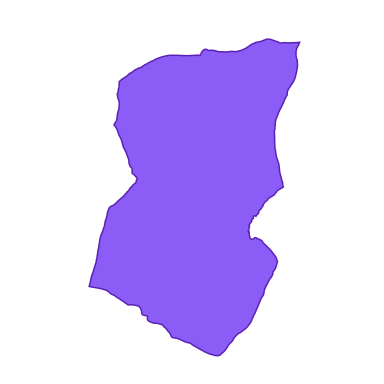 the district of Mogolo, Gash Barka, Eritrea, rotated 276°
{"feature_id": "51966322B23811751067849", "entity_name": "Mogolo", "entity_type": "district", "adm_level": 2, "iso_a3": "ERI", "parent_name": "Eritrea", "parent_adm1": "Gash Barka", "projection": "mercator", "projection_center": [37.74, 15.325], "detail": "fine", "context": "isolated", "style": "filled", "palette": "violet", "viewbox_px": 384, "rotation_deg": 276, "n_neighbors": 0, "source": "geoboundaries", "source_scale": "gbopen_adm2", "svg_char_len": 6026}
<svg xmlns="http://www.w3.org/2000/svg" viewBox="0 0 384 384"><g transform="rotate(276 192 192)"><path d="M249.9,107.8L249.7,108.3L248.9,109.2L245.5,111.4L240.9,113.4L238.0,115.5L235.8,116.6L231.7,118.2L229.8,118.9L224.3,122.4L221.7,123.6L217.6,125.7L216.9,125.9L213.8,126.4L213.3,126.6L210.7,128.0L209.3,129.7L209.0,129.9L207.9,130.2L205.2,130.3L204.5,130.5L204.1,130.9L202.9,132.9L202.1,133.8L200.3,135.7L199.4,136.0L198.8,135.9L198.1,135.5L196.7,135.4L196.3,135.6L195.7,135.2L194.0,133.8L193.7,133.3L192.5,132.3L191.1,131.5L190.0,130.4L189.5,130.0L188.9,129.7L188.1,129.6L186.1,128.2L185.5,127.6L181.5,125.0L179.7,123.5L175.7,119.7L174.6,118.9L174.3,118.5L171.6,116.3L170.6,115.1L169.1,112.7L168.5,112.0L167.9,111.5L166.8,111.0L165.1,110.6L163.6,110.4L162.9,110.1L161.7,110.0L160.7,109.9L160.2,110.1L157.9,109.6L155.7,109.3L154.8,108.9L151.3,108.6L149.1,108.5L148.0,108.3L147.1,107.9L144.5,107.5L139.9,106.1L138.9,105.9L135.8,105.4L128.7,105.0L126.7,105.0L124.1,104.6L123.0,104.6L118.9,104.4L116.4,104.4L115.5,104.1L112.4,104.0L107.9,103.1L102.2,102.0L97.7,100.9L92.7,100.3L90.9,100.3L89.7,99.9L87.3,99.6L87.2,100.7L87.0,101.8L87.0,103.8L86.8,105.9L86.8,107.1L86.7,108.1L86.5,109.8L86.3,112.5L85.9,114.0L85.4,116.7L84.8,118.2L84.0,119.5L82.2,122.0L81.4,124.5L80.8,126.0L78.9,129.2L78.6,130.0L78.0,131.4L77.2,132.6L76.3,134.6L75.2,136.3L73.1,140.1L73.1,140.7L73.3,141.4L73.5,143.4L73.6,145.0L73.5,146.5L73.4,147.1L73.3,148.4L73.0,150.2L72.6,151.2L72.4,151.6L71.4,152.6L70.3,153.3L68.9,154.1L67.8,154.4L66.3,154.7L65.1,155.2L64.7,155.8L64.3,157.5L64.2,158.3L64.1,160.4L64.0,160.7L63.6,160.9L61.5,160.8L60.8,160.9L60.3,161.1L60.0,161.4L59.2,162.3L58.5,163.8L57.6,167.7L57.5,168.4L57.7,169.5L57.8,171.0L57.4,173.4L57.0,175.2L57.1,175.8L57.0,176.4L56.6,176.9L55.4,177.8L54.6,178.8L54.2,179.6L53.3,180.6L52.7,181.1L52.1,181.9L51.0,182.7L49.6,184.4L48.7,185.2L46.4,186.4L45.8,186.8L45.3,187.5L44.9,191.5L44.9,192.2L44.9,192.7L44.0,195.8L42.4,200.4L42.2,201.3L41.8,203.2L41.6,205.1L41.4,206.0L41.1,206.8L39.9,208.6L39.3,210.0L36.4,216.6L34.0,222.4L32.6,227.1L32.2,230.3L31.8,231.9L31.9,232.5L31.8,234.0L32.0,235.1L32.6,236.7L33.3,237.5L34.5,238.4L35.6,239.5L36.9,240.7L37.8,241.2L38.4,241.7L41.2,243.3L43.1,244.0L45.9,246.0L46.7,246.7L48.6,248.1L49.9,248.4L50.8,249.0L51.9,249.4L52.4,249.8L54.1,251.2L54.9,251.9L55.2,252.0L55.7,252.4L56.1,252.8L56.4,253.5L57.9,255.5L59.6,257.1L60.3,258.0L62.0,259.9L62.7,260.3L63.8,261.2L65.3,262.2L66.2,262.7L67.4,263.4L70.3,264.7L70.8,264.8L71.8,265.0L73.3,265.6L75.8,266.3L78.3,267.4L82.5,268.6L86.7,270.0L88.6,270.4L90.6,271.1L92.6,271.6L94.9,272.6L96.3,273.5L97.5,273.9L98.2,274.0L99.6,274.0L101.7,274.2L103.2,274.6L104.9,275.0L106.8,275.9L108.9,276.5L113.0,278.2L116.3,280.1L117.3,280.5L118.2,280.8L119.0,280.9L121.0,280.9L121.4,281.1L122.6,282.0L124.9,283.0L125.6,283.2L128.3,283.7L130.2,283.9L131.6,284.4L136.1,282.2L142.6,276.1L148.7,268.3L151.2,266.2L151.2,265.5L152.2,263.5L152.1,262.2L152.9,261.3L153.3,260.1L153.1,259.1L151.9,258.0L151.3,257.2L151.2,256.0L151.8,255.1L152.1,254.4L152.6,254.4L153.6,254.2L154.8,253.6L157.3,253.1L157.7,253.2L158.2,253.1L158.1,252.2L158.7,251.9L160.4,252.5L161.9,252.5L163.1,252.7L163.9,252.7L164.4,251.9L164.8,252.1L166.2,252.9L166.8,253.1L168.8,254.3L169.6,254.2L170.6,254.5L171.6,255.1L172.1,255.8L173.0,255.7L173.6,255.4L174.2,255.3L174.7,255.7L174.8,257.7L174.5,258.1L175.9,258.7L176.4,259.3L177.5,260.1L178.6,260.6L178.9,260.3L179.3,260.3L180.9,260.9L181.5,261.9L182.8,262.5L183.6,263.0L184.5,263.3L185.3,264.0L186.0,264.1L186.7,264.0L189.2,265.4L190.0,265.9L190.7,266.6L191.1,267.3L192.0,267.9L193.2,268.4L194.2,269.5L197.6,274.0L202.4,276.9L206.6,282.4L208.1,281.7L209.0,281.4L210.4,281.2L211.7,280.9L212.4,280.5L213.1,280.0L213.7,279.8L215.2,279.4L218.2,278.2L219.3,277.7L221.1,277.2L224.5,276.4L228.8,275.5L231.5,274.2L232.9,273.7L234.7,272.8L237.4,271.8L242.8,270.5L244.1,269.9L249.6,269.1L254.5,268.5L257.8,268.0L259.2,267.9L260.0,267.6L261.2,267.6L264.0,267.8L269.7,267.6L272.8,267.8L276.6,269.0L279.6,269.7L282.3,270.6L288.4,272.9L290.9,273.8L292.1,274.0L296.4,275.5L297.9,276.3L298.7,276.5L301.1,276.3L303.2,276.7L304.6,277.3L307.5,278.9L309.0,279.5L311.1,280.8L313.0,281.6L315.8,282.5L317.8,282.8L323.1,283.5L327.1,283.7L328.4,283.8L332.9,283.1L333.9,282.9L335.6,282.1L337.2,281.5L340.0,281.0L343.3,280.8L346.4,281.3L349.6,282.7L351.4,283.2L352.2,283.3L351.9,282.4L351.6,281.1L351.5,279.8L351.0,277.3L350.9,275.9L350.5,273.7L350.5,273.1L350.4,272.2L350.2,268.4L349.9,267.0L349.7,266.2L349.4,264.4L349.5,263.8L349.9,262.8L350.3,261.7L350.9,258.7L351.7,255.6L352.0,254.5L352.1,253.4L351.9,251.1L351.6,249.9L348.8,244.4L348.3,242.9L347.7,240.6L347.4,239.8L345.0,235.7L342.3,232.6L340.6,230.5L339.3,228.5L337.8,225.8L337.0,223.6L336.7,222.4L336.1,220.9L336.0,220.3L336.1,218.5L336.0,217.0L335.9,216.1L335.5,214.3L335.1,212.9L334.7,209.7L334.6,207.1L334.4,205.4L334.4,202.8L334.8,201.0L335.1,199.0L335.0,197.1L334.8,195.2L334.5,194.2L334.5,193.7L335.1,192.3L335.3,191.5L335.4,190.3L334.4,188.5L332.3,187.1L331.7,186.8L330.1,186.4L328.8,185.9L328.5,185.2L328.7,184.7L328.8,183.5L328.2,180.7L327.0,172.4L326.6,167.1L326.5,163.9L326.3,162.3L325.8,156.8L325.2,153.7L324.3,150.9L323.3,148.1L321.9,145.1L321.5,144.6L321.2,143.5L319.8,141.3L318.6,139.6L317.8,138.1L317.2,137.1L315.8,135.1L315.2,134.4L313.7,132.0L311.6,129.3L311.4,129.2L310.8,129.1L310.5,128.9L310.5,128.0L309.4,125.4L308.1,123.8L308.0,123.4L307.4,122.5L306.0,120.9L305.2,120.4L303.5,117.8L303.1,117.3L301.9,116.4L300.1,114.6L297.7,111.7L296.6,110.2L295.3,109.3L294.7,108.6L294.5,108.2L293.9,108.1L291.0,108.3L289.5,108.5L288.4,108.5L287.8,108.4L287.4,108.2L286.0,108.0L284.8,108.0L283.3,108.0L282.7,107.7L281.9,107.4L281.4,107.4L280.9,107.5L279.8,108.0L278.6,108.1L277.6,108.5L274.5,110.0L273.4,110.3L270.7,110.6L269.4,110.5L268.4,110.6L267.5,110.6L266.9,110.6L265.9,110.3L264.7,110.1L261.5,109.7L256.8,109.7L255.6,109.6L254.6,109.3L254.1,109.0L253.4,108.7L252.3,108.0L251.4,107.6L250.5,107.6L250.1,107.7L249.9,107.8Z" fill="#8b5cf6" stroke="#5b21b6" stroke-width="1.5"/></g></svg>